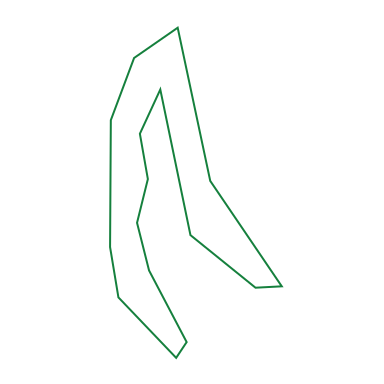 SVG path tracing the border of British Indian Ocean Territory, rotated 177°
{"feature_id": "IOT", "entity_name": "British Indian Ocean Territory", "entity_type": "country or territory", "adm_level": 0, "iso_a3": "IOT", "parent_name": "Seven seas (open ocean)", "parent_adm1": "", "projection": "equal_earth", "projection_center": [72.449, -7.328], "detail": "fine", "context": "isolated", "style": "outline", "palette": "green", "viewbox_px": 384, "rotation_deg": 177, "n_neighbors": 0, "source": "natural_earth", "source_scale": "50m", "svg_char_len": 365}
<svg xmlns="http://www.w3.org/2000/svg" viewBox="0 0 384 384"><g transform="rotate(177 192 192)"><path d="M269.3,268.0L242.8,328.9L197.7,356.8L173.2,202.1L107.3,93.1L133.6,93.1L195.8,149.0L218.3,296.0L241.0,252.9L235.4,207.2L248.5,164.1L239.0,115.9L205.2,42.4L216.5,27.2L271.0,90.6L276.7,141.3L269.3,268.0Z" fill="none" stroke="#15803d" stroke-width="2"/></g></svg>